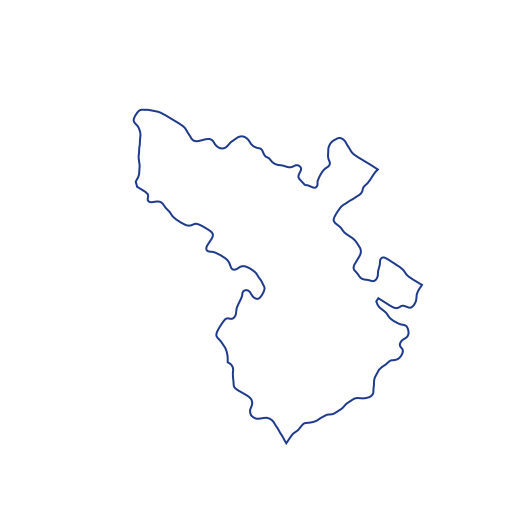 the district of Villa Rivas, Duarte, Dominican Republic, rotated 211°
{"feature_id": "3306468B95722442714869", "entity_name": "Villa Rivas", "entity_type": "district", "adm_level": 2, "iso_a3": "DOM", "parent_name": "Dominican Republic", "parent_adm1": "Duarte", "projection": "albers", "projection_center": [-69.879, 19.149], "detail": "fine", "context": "isolated", "style": "outline", "palette": "blue", "viewbox_px": 512, "rotation_deg": 211, "n_neighbors": 0, "source": "geoboundaries", "source_scale": "gbopen_adm2", "svg_char_len": 6098}
<svg xmlns="http://www.w3.org/2000/svg" viewBox="0 0 512 512"><g transform="rotate(211 256 256)"><path d="M225.5,150.3L223.0,150.4L221.3,150.1L219.8,149.4L218.4,148.5L216.9,146.6L215.4,143.5L213.9,141.1L210.6,136.7L208.3,133.4L207.0,132.4L205.4,131.9L202.7,131.6L193.0,131.8L190.1,131.7L187.4,131.2L185.8,130.4L184.0,128.7L183.1,127.3L182.6,125.6L181.9,121.4L181.2,119.9L179.6,118.0L178.2,117.0L177.4,116.7L175.6,116.4L173.9,116.4L172.1,116.7L171.3,117.0L169.7,118.0L165.5,121.5L163.2,123.0L160.6,123.6L157.9,123.5L155.4,122.8L151.8,120.8L148.6,119.4L144.3,116.9L140.4,115.0L136.8,112.8L133.6,111.1L133.2,118.9L132.9,121.6L132.5,123.3L130.8,127.1L130.2,128.7L129.4,134.7L128.7,137.0L127.7,138.2L123.8,141.1L121.8,142.9L120.5,144.3L118.9,146.6L117.1,150.5L113.8,156.0L112.8,157.0L109.7,159.2L108.5,160.4L107.6,161.7L103.9,169.2L103.4,170.9L102.6,175.3L102.0,176.9L99.1,182.9L98.2,184.4L97.1,185.6L95.8,186.6L91.2,188.9L89.0,190.5L86.4,193.1L85.4,194.6L85.1,195.5L84.8,197.2L84.8,198.1L85.3,199.7L87.2,203.3L88.6,206.4L90.6,210.0L91.2,211.7L91.6,213.5L91.7,215.3L92.0,221.8L91.0,225.4L88.9,229.8L87.7,233.8L87.1,235.2L86.1,236.4L83.7,238.1L82.0,239.8L81.1,241.2L80.8,242.0L80.4,243.7L80.2,245.5L80.3,247.2L80.6,248.9L81.2,250.3L82.3,251.4L86.0,252.9L87.0,254.0L87.5,255.4L87.6,257.0L87.4,258.7L86.8,260.2L85.4,262.9L84.9,264.5L84.8,265.4L85.0,267.1L85.3,268.0L86.2,269.5L87.4,270.9L88.7,272.1L90.2,273.0L90.9,273.3L91.8,273.4L93.2,273.2L96.8,271.9L99.6,271.4L104.5,271.2L108.4,271.6L110.3,272.1L114.0,273.8L115.6,274.4L117.3,274.7L122.7,275.4L124.4,275.8L126.8,276.9L129.5,279.0L129.4,282.8L115.8,282.5L112.6,282.6L110.6,282.9L108.8,283.6L108.1,284.1L107.1,285.4L105.7,288.0L104.5,289.1L102.9,289.6L98.5,290.5L97.6,290.8L96.9,291.4L96.4,292.0L95.7,293.5L95.4,295.4L95.4,297.3L95.6,299.3L96.2,301.2L98.3,305.6L98.8,307.6L99.0,309.6L99.1,311.8L98.8,316.7L109.6,316.7L114.8,317.0L117.8,317.7L121.3,319.4L123.2,320.0L127.2,320.6L140.9,321.1L143.7,321.0L145.4,320.7L146.2,320.3L146.9,319.7L147.3,319.0L147.5,318.3L147.5,316.7L147.2,315.9L145.3,312.0L143.6,306.0L141.4,301.7L141.2,300.8L140.9,299.2L141.0,297.5L141.6,296.0L142.0,295.3L143.3,294.4L147.8,293.1L150.6,291.8L153.1,291.1L154.9,291.1L156.5,291.6L160.1,293.2L164.6,294.6L165.9,295.6L166.4,296.3L167.0,297.9L167.2,299.6L167.2,308.3L167.3,310.2L167.6,312.0L167.9,312.9L168.8,314.4L169.9,315.7L171.3,316.7L177.2,319.6L179.7,320.5L182.6,321.0L189.5,321.3L192.4,321.7L194.1,322.3L197.8,323.9L199.7,324.3L205.1,325.0L206.7,325.7L207.5,326.2L208.4,327.6L208.9,330.2L209.0,333.0L209.0,335.9L208.6,340.8L208.2,342.7L207.6,344.4L205.7,348.1L204.3,351.2L201.8,355.6L200.4,358.7L198.9,361.6L198.2,363.9L198.2,365.6L198.5,367.1L199.1,369.1L199.3,370.4L199.1,371.8L198.2,374.6L197.8,376.4L197.5,379.2L197.1,388.2L196.8,390.2L196.1,392.9L204.3,393.2L219.5,393.2L224.4,393.5L226.3,393.9L228.0,394.5L231.7,396.5L234.8,398.0L238.3,400.0L239.9,400.6L241.6,400.9L243.3,400.8L244.9,400.4L245.6,400.0L246.7,398.8L248.7,395.5L249.7,393.3L250.1,391.5L250.1,388.8L249.8,387.0L249.3,385.3L245.7,378.7L244.7,377.4L243.6,376.3L240.8,374.1L240.4,373.5L239.9,372.1L240.0,370.6L240.4,369.3L241.7,366.5L242.2,364.7L242.5,362.8L242.6,359.8L242.5,356.7L241.8,351.9L240.4,349.5L239.8,348.2L239.7,346.7L239.9,345.9L240.3,345.2L240.9,344.7L242.3,344.1L248.3,343.2L249.9,342.3L251.1,342.2L258.3,344.3L259.7,345.0L260.3,345.5L261.0,346.9L261.3,348.4L261.6,352.3L262.1,353.8L262.6,354.4L263.2,354.9L264.6,355.4L265.4,355.5L266.9,355.3L268.2,354.6L268.8,354.1L270.8,351.1L271.9,350.0L273.3,349.1L274.9,348.5L280.0,347.2L284.5,345.2L287.1,344.7L288.9,344.7L290.6,344.9L294.2,346.2L295.5,346.5L298.6,346.2L300.0,346.5L301.4,347.2L304.7,349.5L306.1,350.2L307.6,350.3L311.0,349.2L312.6,348.9L315.2,348.8L317.8,349.4L321.4,351.2L323.0,351.8L324.8,352.1L326.5,352.2L328.3,351.9L329.9,351.2L331.2,350.2L332.3,348.9L332.8,348.2L336.2,340.6L337.2,335.4L337.7,333.8L338.6,332.3L339.7,331.2L341.2,330.3L342.0,330.0L343.8,329.7L345.5,329.8L348.1,330.4L352.3,332.5L354.0,332.7L355.7,332.5L356.5,332.1L358.1,331.1L359.5,329.9L364.3,325.1L365.8,323.9L367.4,323.1L369.1,322.8L370.0,322.9L371.6,323.3L375.1,325.2L378.3,326.7L381.9,328.7L383.5,329.3L385.4,329.7L390.4,330.0L406.4,330.0L411.4,329.7L414.3,329.2L422.8,326.1L424.4,325.4L429.1,322.6L430.3,321.6L431.2,320.0L431.7,317.3L431.8,313.5L431.4,310.8L430.7,309.2L430.2,308.6L429.5,308.1L428.1,307.5L424.2,306.4L422.7,305.5L421.2,304.4L419.8,303.2L418.5,301.8L417.4,300.3L415.1,295.5L413.1,291.9L411.8,288.6L409.4,284.2L408.0,281.0L406.4,278.7L402.3,273.6L398.4,266.0L397.9,264.3L397.6,262.5L397.4,257.9L393.6,254.1L383.8,254.0L381.2,253.4L380.4,253.1L379.4,252.0L377.9,248.5L377.4,248.0L376.1,247.5L374.6,247.6L373.2,248.3L369.3,251.5L367.8,252.4L366.2,253.0L364.5,253.1L362.8,252.8L358.4,250.8L352.5,249.2L348.8,247.4L347.0,246.8L343.0,246.2L337.8,246.0L332.7,246.3L330.8,246.7L329.9,247.1L328.5,247.9L327.3,249.0L325.1,251.9L324.6,252.4L323.8,252.8L322.2,253.4L319.4,253.8L316.4,254.0L310.3,254.0L307.5,253.8L305.7,253.3L304.9,252.9L304.2,252.4L303.7,251.6L303.3,250.8L303.1,249.9L302.9,248.0L303.2,241.1L303.1,238.4L302.5,236.8L301.9,236.1L301.3,235.7L300.5,235.4L299.8,235.4L298.4,235.7L295.1,237.3L292.3,238.0L287.1,238.4L281.9,238.3L278.9,237.9L277.0,237.2L275.4,236.3L271.4,233.2L270.0,232.6L269.2,232.5L267.8,232.9L266.7,233.8L265.8,234.9L264.1,238.4L263.1,239.6L261.9,240.6L260.3,241.4L259.3,241.7L257.4,242.0L254.5,242.2L249.6,241.9L246.7,241.2L242.3,238.9L239.0,237.6L233.0,233.8L231.9,232.5L231.3,230.8L231.0,229.0L230.8,226.1L231.0,223.4L231.4,221.7L231.8,220.9L232.4,220.2L233.1,219.7L234.7,219.3L237.1,219.4L238.7,219.9L242.7,222.0L244.3,222.3L245.1,222.3L245.9,222.1L247.3,221.4L248.2,220.3L248.5,219.6L248.7,218.9L248.6,217.5L247.5,214.9L246.9,212.2L246.3,205.3L245.9,202.4L245.4,200.5L243.4,196.1L243.0,194.5L243.0,192.8L243.3,191.3L244.0,190.0L245.2,189.2L248.2,188.0L249.3,186.9L249.7,186.1L250.1,184.4L250.4,181.5L250.6,175.4L250.4,171.5L249.8,168.8L248.9,167.3L248.3,166.8L246.9,166.1L242.3,164.8L235.4,161.6L233.1,160.0L231.0,158.0L229.1,155.9L228.0,154.4L225.5,150.3Z" fill="none" stroke="#1e3a8a" stroke-width="2"/></g></svg>